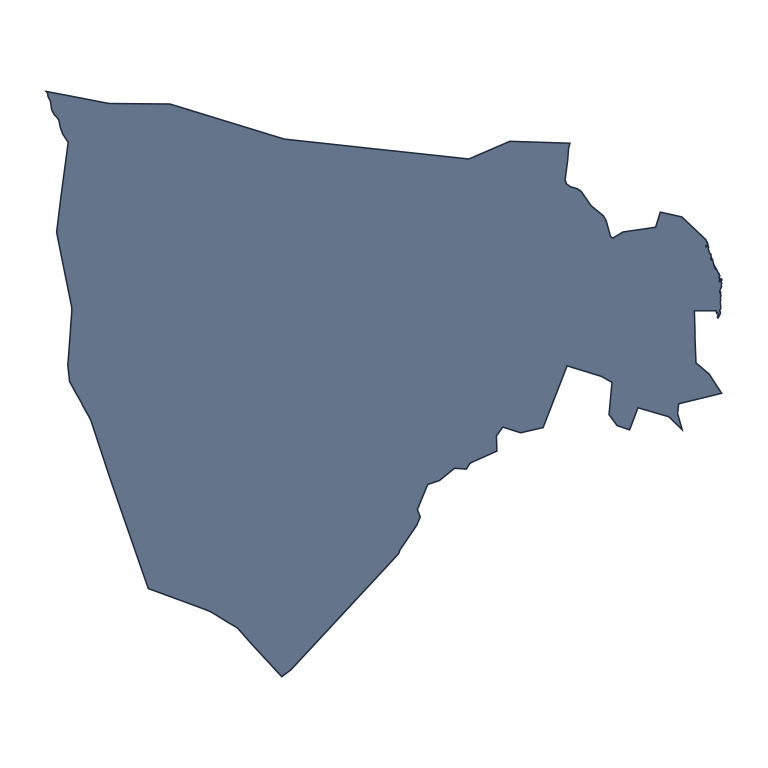 Al Ganab, Red Sea, Sudan (Robinson projection)
{"feature_id": "16777658B97228063474151", "entity_name": "Al Ganab", "entity_type": "district", "adm_level": 2, "iso_a3": "SDN", "parent_name": "Sudan", "parent_adm1": "Red Sea", "projection": "robinson", "projection_center": [36.252, 19.345], "detail": "fine", "context": "isolated", "style": "filled", "palette": "slate", "viewbox_px": 768, "rotation_deg": 0, "n_neighbors": 0, "source": "geoboundaries", "source_scale": "gbopen_adm2", "svg_char_len": 3417}
<svg xmlns="http://www.w3.org/2000/svg" viewBox="0 0 768 768"><path d="M132.3,542.6L148.3,588.6L177.8,599.4L208.5,610.8L212.5,612.8L228.7,622.9L235.3,626.7L237.5,628.0L251.0,643.4L278.2,672.9L281.8,676.7L291.2,669.6L291.7,669.0L379.6,574.3L394.0,558.7L398.6,553.7L400.0,549.9L416.8,525.2L420.3,516.9L417.4,509.6L427.7,484.5L439.5,480.5L454.5,468.3L466.4,469.1L470.0,463.3L472.7,461.9L496.9,451.1L496.9,450.0L496.4,436.0L502.8,427.1L520.6,432.8L543.1,427.6L567.1,365.9L601.1,376.3L612.0,382.4L610.4,399.4L609.0,414.6L617.1,425.6L629.6,429.9L638.0,407.8L648.9,411.0L668.9,416.8L682.2,429.8L677.6,413.5L678.7,403.8L720.3,393.6L721.7,393.2L721.2,392.5L720.5,391.5L709.1,374.0L696.0,362.9L695.0,337.9L695.0,332.8L695.0,331.1L694.5,314.5L694.4,310.8L716.2,310.8L716.6,313.2L716.8,313.0L716.9,312.9L717.5,312.8L718.0,313.3L718.3,314.7L717.8,315.2L717.4,317.4L717.9,318.0L718.5,317.4L718.9,316.3L719.7,315.0L720.2,314.0L720.5,312.8L720.3,312.3L720.1,311.5L720.3,311.0L719.9,312.2L719.8,309.8L720.6,309.1L720.8,307.8L720.3,301.6L720.7,300.0L720.4,298.4L720.6,297.3L721.0,295.6L720.6,294.7L720.6,293.6L720.6,292.7L720.5,291.9L719.9,291.9L719.0,292.7L719.4,292.2L719.8,291.5L720.3,289.3L721.3,287.6L721.5,286.4L721.4,285.7L721.4,284.9L721.7,283.5L721.6,282.5L720.9,281.5L721.3,280.9L721.9,280.3L721.9,279.4L721.4,279.0L721.3,279.4L721.0,280.6L720.6,280.0L720.2,280.7L720.1,281.6L719.5,281.6L719.2,280.7L719.7,280.0L720.0,280.1L720.2,278.8L719.7,278.7L719.6,278.4L719.1,278.3L719.1,277.5L719.5,276.9L719.9,275.9L719.7,275.4L719.2,274.9L718.8,274.1L719.1,273.9L719.0,273.4L718.5,273.3L717.5,271.4L716.4,269.0L716.1,269.3L715.7,269.3L715.6,268.4L714.7,268.1L714.4,267.6L715.0,267.5L715.3,267.2L714.7,266.2L714.5,265.8L714.3,265.2L713.8,265.1L713.6,264.5L713.5,263.6L713.4,263.3L713.5,263.0L713.3,262.5L713.0,261.6L712.7,261.0L712.6,260.4L712.7,259.5L712.1,259.1L711.8,258.7L711.5,258.6L711.6,259.3L711.6,259.8L711.4,260.0L711.0,259.7L710.9,259.5L710.8,259.3L710.5,258.7L710.2,258.7L710.6,258.5L710.9,258.2L711.1,258.1L711.6,257.9L711.2,256.9L711.2,256.4L711.0,255.6L711.0,255.0L710.8,254.8L710.9,254.1L710.6,253.8L710.0,253.5L709.7,253.3L709.4,252.7L709.3,252.4L709.0,251.6L709.0,250.8L708.6,250.2L708.4,249.1L708.6,247.0L708.4,246.2L708.1,245.7L707.9,246.2L707.5,246.2L707.0,246.1L706.3,247.0L705.9,246.6L706.0,246.2L705.8,245.8L705.9,245.3L706.3,245.3L706.6,245.6L707.3,245.7L707.9,245.3L707.9,244.9L708.0,244.1L707.5,243.2L707.4,242.4L707.2,242.5L706.9,242.4L706.5,241.3L706.2,241.2L706.1,240.6L706.1,240.1L705.9,239.7L681.8,216.9L660.3,212.1L655.6,227.2L622.9,232.0L612.6,238.2L611.9,237.6L610.4,236.0L606.2,220.7L603.4,215.8L591.1,205.7L581.3,191.5L577.4,188.7L570.4,186.7L566.5,183.9L565.1,179.8L567.7,160.3L568.6,148.3L570.0,143.2L569.1,143.2L509.9,141.3L468.7,159.0L371.1,148.5L345.5,145.7L284.3,139.1L169.9,104.0L109.0,103.5L65.1,95.0L46.5,91.5L46.3,91.3L46.1,91.3L47.6,93.2L48.0,96.4L48.9,98.4L49.8,100.0L50.4,101.3L50.9,104.2L51.2,107.5L52.0,110.5L53.2,112.7L54.2,114.7L56.5,117.0L57.8,118.6L58.9,120.5L59.5,123.0L60.0,126.2L60.9,129.3L62.7,134.0L66.4,139.7L67.2,140.9L68.2,142.3L60.9,197.0L56.6,232.2L61.1,254.9L71.8,307.7L71.7,312.3L68.8,352.6L67.8,365.1L68.2,369.0L69.5,380.9L69.6,381.9L70.2,382.7L70.9,383.8L75.9,393.2L81.1,402.1L82.1,404.3L83.0,406.2L89.9,418.3L91.0,420.8L92.7,426.0L92.9,426.6L106.9,469.0L111.9,483.8L132.0,541.8L132.3,542.5L132.3,542.6Z" fill="#64748b" stroke="#1e293b" stroke-width="1.5"/></svg>